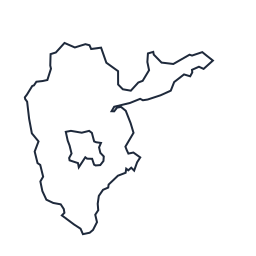 outline of Kollo, Tillabéri, Niger, rotated 259°
{"feature_id": "23599985B29201413246391", "entity_name": "Kollo", "entity_type": "district", "adm_level": 2, "iso_a3": "NER", "parent_name": "Niger", "parent_adm1": "Tillabéri", "projection": "orthographic", "projection_center": [2.24, 13.192], "detail": "fine", "context": "isolated", "style": "outline", "palette": "slate", "viewbox_px": 256, "rotation_deg": 259, "n_neighbors": 0, "source": "geoboundaries", "source_scale": "gbopen_adm2", "svg_char_len": 1618}
<svg xmlns="http://www.w3.org/2000/svg" viewBox="0 0 256 256"><g transform="rotate(259 128 128)"><path d="M54.8,46.4L43.4,56.8L38.2,62.2L32.4,63.5L32.5,70.4L34.6,74.2L41.5,79.6L49.1,79.3L53.0,83.1L59.4,83.8L66.9,86.4L72.1,91.7L73.3,97.2L76.2,98.2L83.1,109.0L84.5,117.1L88.4,118.5L86.4,120.2L88.4,123.6L85.0,125.9L92.6,130.4L96.8,134.4L102.9,128.6L102.8,123.5L106.8,122.5L110.2,121.9L122.2,132.5L132.2,131.5L145.3,129.1L150.0,125.2L150.1,121.1L147.0,117.6L147.6,115.1L151.5,118.5L152.2,134.7L154.3,145.5L152.4,147.9L152.2,152.7L153.9,166.2L156.5,177.1L164.3,182.1L169.9,193.2L166.9,198.9L170.3,201.7L172.9,201.9L174.6,209.3L171.6,213.5L178.0,224.2L183.9,219.1L188.3,215.4L188.1,213.9L186.9,204.7L188.2,202.4L182.2,184.7L184.7,176.9L185.8,173.4L195.1,167.3L197.9,167.3L197.4,161.8L189.1,159.6L180.7,159.7L171.5,151.4L170.7,146.8L164.1,137.9L167.0,130.3L172.6,126.6L185.7,129.1L196.2,119.2L212.0,116.9L212.6,106.9L216.6,106.0L218.4,102.2L217.9,97.3L217.2,91.2L223.6,81.9L215.9,71.6L215.3,66.1L204.1,63.6L200.9,63.7L190.5,58.0L190.4,53.2L190.9,46.9L187.8,43.8L187.5,42.0L180.0,35.1L177.8,32.6L176.0,32.6L173.1,34.0L156.0,32.7L141.1,32.6L131.9,37.6L122.7,31.9L110.8,32.5L108.5,34.8L96.4,35.4L92.3,31.8L89.3,31.8L82.4,31.9L73.2,34.2L68.7,40.3L65.9,47.4L60.7,49.5L56.9,49.4L54.8,46.4ZM98.8,72.2L103.1,72.2L107.4,64.5L109.8,64.5L113.7,67.7L121.9,67.3L127.1,66.4L136.1,66.2L136.1,71.4L132.2,81.7L132.6,89.3L130.1,91.6L121.3,92.2L120.1,94.0L118.5,98.6L114.5,95.9L108.9,96.1L104.7,98.8L100.3,97.6L96.9,93.7L97.4,89.1L98.5,87.7L104.6,86.9L105.7,82.0L107.4,80.5L98.8,72.2Z" fill="none" stroke="#1e293b" stroke-width="2"/></g></svg>